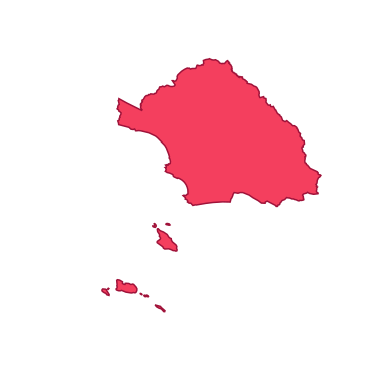 Bang Lamung, Chon Buri, Thailand (Natural Earth projection), rotated 300°
{"feature_id": "78962969B66600196547968", "entity_name": "Bang Lamung", "entity_type": "district", "adm_level": 2, "iso_a3": "THA", "parent_name": "Thailand", "parent_adm1": "Chon Buri", "projection": "natural_earth1", "projection_center": [100.983, 12.921], "detail": "fine", "context": "isolated", "style": "filled", "palette": "rose", "viewbox_px": 384, "rotation_deg": 300, "n_neighbors": 0, "source": "geoboundaries", "source_scale": "gbopen_adm2", "svg_char_len": 6077}
<svg xmlns="http://www.w3.org/2000/svg" viewBox="0 0 384 384"><g transform="rotate(300 192 192)"><path d="M292.7,263.4L292.4,261.7L293.4,260.3L293.8,260.1L294.2,258.2L294.4,258.3L295.2,257.2L295.8,257.2L296.6,256.5L297.0,256.6L297.3,254.6L299.4,252.1L299.5,251.2L300.2,250.8L300.5,250.0L300.7,247.6L299.7,245.9L300.5,243.2L300.6,241.2L301.2,238.3L299.5,237.4L299.3,234.6L301.6,231.9L302.2,229.4L302.6,229.3L302.6,227.7L303.0,226.2L304.9,223.4L304.7,223.0L306.8,219.6L306.1,219.0L305.4,217.4L306.6,216.2L305.9,215.7L305.4,214.5L306.6,211.5L306.9,211.0L308.1,210.6L309.9,209.3L309.4,207.4L310.4,206.3L307.8,203.8L307.7,203.4L309.5,201.3L310.7,201.1L312.5,199.9L314.9,195.9L315.1,194.6L314.7,192.4L315.0,189.7L313.7,185.4L315.0,184.7L315.0,183.7L315.3,183.5L315.3,182.3L315.6,181.9L315.4,179.3L315.7,178.7L316.2,178.6L316.3,177.8L316.7,177.8L316.4,177.1L316.0,176.7L316.0,175.9L315.4,175.8L315.7,175.5L315.4,174.9L314.9,174.7L315.2,174.4L315.2,172.8L315.3,172.6L315.6,173.0L315.9,171.7L316.3,171.5L315.9,170.2L316.3,169.9L316.1,168.9L316.4,168.6L316.1,168.1L316.7,166.4L316.6,166.1L317.0,165.8L317.3,166.0L318.0,164.7L318.7,165.2L319.9,164.0L320.2,164.0L321.6,161.7L321.4,161.3L321.6,160.8L322.5,160.0L322.0,159.5L323.1,158.7L323.0,158.1L323.6,157.2L322.6,156.5L319.5,155.9L318.6,154.1L318.1,153.8L317.5,151.3L318.4,149.7L318.3,146.2L317.2,145.0L316.5,143.3L316.1,140.3L315.5,140.1L313.7,137.8L311.6,136.1L309.3,137.9L308.3,137.7L307.4,138.0L307.1,136.9L306.4,136.7L305.3,135.5L304.8,134.5L304.8,133.6L304.2,133.0L301.4,133.5L300.8,133.3L298.9,130.2L297.7,129.2L297.9,127.6L297.2,126.8L297.0,125.9L294.5,124.2L291.3,122.6L286.5,121.2L284.7,121.3L283.2,122.4L280.4,122.5L279.2,121.6L279.1,120.1L278.6,119.3L276.5,123.6L275.8,123.9L274.9,123.7L273.4,122.1L272.5,120.2L272.3,117.9L271.8,116.8L269.5,115.6L269.2,115.0L269.1,113.7L268.0,113.0L266.8,111.5L264.3,111.9L263.2,111.3L261.9,111.1L260.4,111.5L259.2,111.2L258.7,110.4L257.7,110.1L256.3,107.1L255.1,106.7L254.7,105.7L253.5,105.5L252.6,104.1L251.0,103.5L247.7,103.5L246.5,102.7L245.5,103.2L245.5,103.8L245.2,103.9L243.2,103.5L242.8,103.8L242.5,103.4L241.5,103.8L241.3,104.7L239.8,104.9L238.6,106.2L238.2,107.5L237.5,107.5L236.5,91.2L236.3,82.0L234.8,82.7L234.4,82.4L231.4,85.2L230.3,84.7L228.4,85.1L227.9,85.7L226.6,85.5L226.4,85.8L226.4,87.3L225.4,88.4L225.5,89.3L225.1,91.0L223.5,91.6L221.9,91.5L221.1,91.8L220.8,92.3L219.4,92.1L218.2,92.9L216.5,92.1L214.9,93.9L213.7,94.8L216.5,105.0L215.9,107.7L216.7,109.8L217.8,110.6L217.7,111.3L216.8,112.4L216.9,112.8L218.5,115.0L219.4,117.0L221.8,125.1L222.4,132.5L222.0,135.0L220.4,140.8L219.9,140.7L218.6,145.2L217.2,147.8L213.3,152.7L211.1,155.0L210.5,155.0L209.7,155.6L209.6,156.3L207.8,158.0L205.9,158.9L205.1,158.6L204.8,157.8L203.3,157.9L203.0,157.5L203.4,156.8L202.1,155.6L201.8,156.5L201.1,157.2L200.4,157.4L200.3,156.9L199.8,156.5L199.7,157.4L199.1,157.6L198.5,158.5L196.5,158.6L196.6,160.0L196.4,160.6L197.2,163.2L197.5,166.1L197.3,167.2L196.5,167.7L196.1,168.8L196.5,172.6L197.1,172.8L197.4,174.7L197.3,177.8L196.6,180.7L195.3,183.4L193.7,185.5L192.0,187.2L188.7,189.3L188.0,189.4L187.8,189.0L186.0,188.5L185.0,186.4L184.4,186.0L183.8,189.0L183.3,189.5L182.5,189.6L182.7,191.2L182.5,192.2L181.8,193.1L181.1,193.0L180.9,195.0L181.7,196.6L180.8,199.5L182.6,201.4L182.9,202.2L189.1,209.7L193.4,215.4L198.8,223.5L202.4,230.1L205.4,229.2L206.8,229.4L209.3,229.1L210.3,228.7L212.6,228.8L213.9,232.4L215.7,234.1L216.9,236.3L217.9,243.1L217.5,247.5L217.6,253.6L217.1,257.6L218.8,260.9L219.9,260.5L221.7,261.7L222.1,270.6L221.6,272.1L222.1,272.3L222.1,273.0L222.5,273.2L223.8,273.0L224.4,273.8L225.1,274.1L226.4,273.7L227.2,274.0L229.6,274.2L231.8,276.0L234.5,276.7L234.9,278.2L235.5,279.1L235.9,282.0L236.7,283.2L236.8,284.6L237.4,286.3L237.4,287.6L237.8,289.2L238.6,289.5L239.5,291.2L241.0,292.7L241.5,292.6L241.9,291.9L242.5,291.8L242.8,291.2L244.0,290.5L244.5,289.4L245.0,289.3L246.1,289.6L248.5,291.9L249.5,292.2L249.5,294.4L250.8,298.4L253.5,302.0L254.1,301.8L254.4,299.8L254.9,299.3L257.0,298.6L257.7,298.0L259.1,298.2L259.1,296.9L260.0,296.8L260.5,295.6L262.2,295.8L264.7,294.7L266.9,294.5L267.7,294.5L268.9,295.2L270.8,295.4L271.0,294.7L270.5,293.3L270.6,292.4L270.7,292.1L271.7,291.7L271.9,290.5L272.2,290.4L271.5,282.6L273.0,278.7L273.0,277.4L273.8,276.7L273.8,275.3L275.3,274.1L277.6,273.3L278.8,272.2L279.3,272.8L280.9,272.2L281.2,270.9L281.9,269.9L282.3,267.6L283.4,267.1L284.9,265.3L286.0,265.1L286.6,265.9L287.8,265.1L289.6,265.6L292.7,263.4ZM143.1,187.4L142.6,183.7L143.3,181.2L142.9,180.6L142.4,180.6L140.5,182.1L139.1,184.9L138.3,185.6L137.3,185.9L136.9,187.1L136.3,187.9L135.1,188.1L132.0,186.7L131.2,186.8L130.7,187.3L130.0,194.1L129.1,195.4L129.0,196.9L131.2,200.3L131.7,203.0L131.8,204.9L132.6,206.5L132.7,207.5L133.4,208.3L134.4,208.1L135.6,206.7L137.3,206.1L138.2,204.6L139.0,200.0L140.0,198.3L141.3,197.3L141.1,196.0L141.3,194.6L142.8,191.8L143.1,187.4ZM79.5,173.3L78.8,171.3L77.9,170.9L74.1,173.6L73.1,173.8L72.4,174.8L71.3,175.0L70.1,174.7L69.5,175.2L69.4,175.7L69.7,177.6L70.5,179.2L71.6,180.2L72.2,184.7L73.9,189.2L74.5,190.4L75.6,191.4L76.2,193.1L77.0,193.6L78.9,193.5L80.6,192.7L81.7,191.0L82.8,187.6L82.6,186.6L81.3,185.3L81.2,183.0L80.0,180.5L79.5,179.8L78.5,180.2L78.0,179.3L78.0,177.5L79.5,176.7L79.5,173.3ZM64.6,165.7L63.4,163.1L62.6,162.9L61.7,163.2L61.1,164.0L60.9,166.6L61.2,167.9L60.4,169.6L60.9,171.8L61.8,171.5L64.5,166.5L64.6,165.7ZM75.7,228.0L76.7,222.9L77.2,222.0L75.9,217.0L75.5,217.1L74.9,218.9L74.9,221.5L75.4,224.0L74.3,227.4L74.7,228.2L75.7,228.0ZM145.0,176.1L143.5,176.2L143.0,175.1L142.6,175.4L142.5,176.1L143.0,177.9L144.0,178.2L144.9,177.9L145.7,176.9L146.0,175.5L145.5,175.2L145.0,176.1ZM79.8,206.6L80.2,206.0L80.2,204.4L79.4,203.8L78.8,202.2L78.3,202.0L77.9,202.6L77.8,203.7L79.0,205.1L79.2,206.4L79.8,206.6ZM152.5,189.5L153.0,188.3L152.6,186.7L151.8,185.6L151.1,185.5L150.9,186.0L151.7,188.6L152.1,189.3L152.5,189.5ZM78.1,199.9L78.5,199.4L78.5,198.2L78.2,197.9L77.9,198.1L77.8,199.1L77.8,199.7L78.1,199.9ZM66.8,167.6L65.7,167.4L65.8,168.2L66.8,168.3L66.8,167.6Z" fill="#f43f5e" stroke="#9f1239" stroke-width="1.5"/></g></svg>